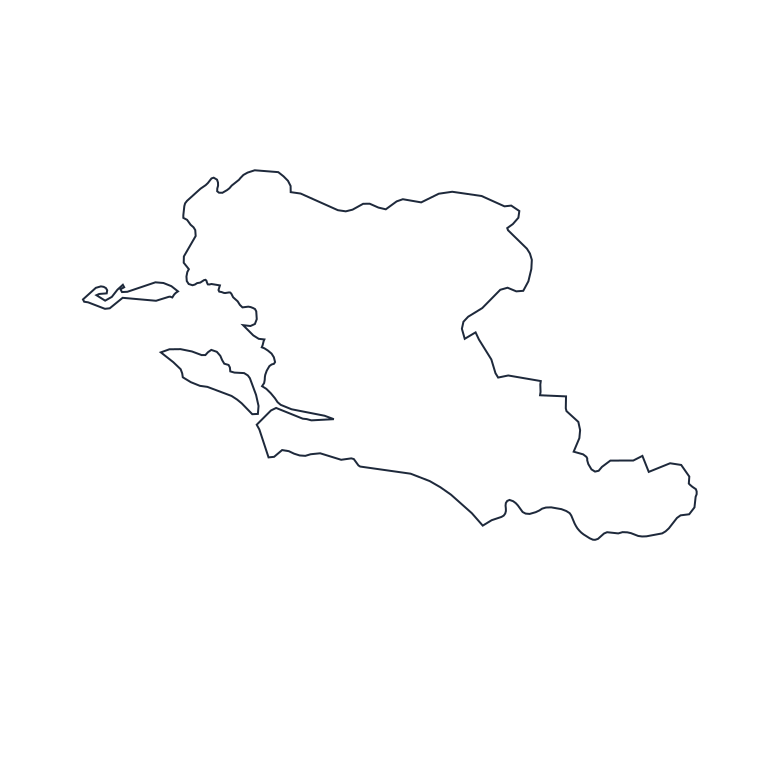 the Metropolitan department of Charente-Maritime, rotated 332°
{"feature_id": "FRA-5278", "entity_name": "Charente-Maritime", "entity_type": "Metropolitan department", "adm_level": 1, "iso_a3": "FRA", "parent_name": "France", "parent_adm1": "", "projection": "mercator", "projection_center": [-0.827, 45.732], "detail": "fine", "context": "isolated", "style": "outline", "palette": "slate", "viewbox_px": 768, "rotation_deg": 332, "n_neighbors": 0, "source": "natural_earth", "source_scale": "10m", "svg_char_len": 4080}
<svg xmlns="http://www.w3.org/2000/svg" viewBox="0 0 768 768"><g transform="rotate(332 384 384)"><path d="M404.7,555.4L400.9,539.3L391.2,513.2L385.3,501.6L378.8,491.2L365.4,475.7L324.2,445.7L323.2,443.9L322.1,436.1L320.2,434.3L310.6,430.8L295.1,415.2L286.3,411.6L280.8,410.5L276.0,407.5L271.9,403.3L268.4,398.6L263.0,394.5L252.8,396.7L247.6,394.6L252.6,365.6L252.5,360.2L271.8,354.3L277.5,354.5L296.0,376.5L299.3,378.7L302.8,382.0L323.2,391.5L316.6,384.1L290.5,362.9L283.0,353.9L281.5,350.1L281.0,345.3L279.7,339.0L277.8,333.0L275.3,328.7L278.6,326.9L280.6,324.4L282.1,321.9L283.5,320.1L286.7,317.2L291.2,314.4L293.9,314.0L296.3,314.5L298.1,313.5L299.3,308.7L299.0,304.4L297.2,300.0L295.2,296.4L293.3,294.2L295.0,292.8L297.9,289.6L299.3,288.5L294.6,285.3L291.4,279.7L287.2,265.9L293.3,270.1L298.2,270.4L302.1,267.0L305.3,259.9L305.3,257.3L304.1,255.5L302.4,253.5L300.5,252.0L295.0,249.9L293.9,246.5L293.6,242.3L291.5,236.6L291.6,232.7L291.2,231.1L290.2,230.4L286.4,229.1L285.4,228.4L283.7,226.5L281.9,225.1L282.0,223.3L285.4,219.9L278.6,214.7L276.4,214.1L275.2,213.3L275.3,211.4L275.7,209.4L275.3,208.2L273.8,207.8L269.4,208.2L266.4,207.2L263.7,207.4L261.3,206.9L258.5,204.0L258.2,200.5L260.0,196.4L262.9,192.8L265.6,191.0L264.1,182.9L267.2,177.4L287.2,164.9L289.6,159.5L289.4,156.2L288.0,152.6L287.2,146.6L284.8,143.1L286.1,140.7L291.2,133.2L293.2,131.1L296.1,129.8L313.7,125.4L319.9,124.7L322.8,123.9L328.2,121.5L330.5,121.9L332.5,125.2L332.0,128.2L330.6,131.0L328.6,133.1L327.2,135.5L328.1,137.6L331.1,139.3L336.5,139.1L339.4,138.6L342.7,137.3L351.9,135.6L353.7,134.8L358.0,133.4L362.8,133.3L370.2,134.6L390.1,147.3L392.8,153.5L394.6,159.5L394.5,165.3L391.7,170.8L399.8,176.7L424.9,208.9L431.3,213.6L438.1,215.3L450.2,215.1L456.0,218.1L461.9,225.6L467.6,230.6L480.9,228.7L487.4,229.7L502.1,241.1L521.7,241.7L534.5,246.3L558.4,263.8L573.8,283.7L580.1,286.2L584.7,294.8L580.7,300.3L572.8,303.3L566.0,304.2L565.7,306.5L573.7,331.6L574.1,337.3L572.8,343.8L568.1,351.6L559.7,361.1L550.7,367.1L544.3,364.3L538.3,357.0L530.9,355.4L506.4,363.1L489.9,364.1L483.4,366.3L478.7,371.8L476.5,382.0L489.1,381.4L488.7,389.3L490.3,412.7L487.5,426.8L487.8,431.9L497.7,434.8L523.8,455.0L521.8,457.8L518.5,464.5L516.5,467.2L538.9,480.4L533.1,490.8L532.4,493.6L537.8,508.7L535.5,516.8L531.1,523.5L519.7,532.8L526.8,539.6L528.5,543.3L528.5,545.1L527.6,546.8L526.8,550.6L527.1,556.8L529.2,560.4L532.8,561.4L537.5,559.5L547.9,557.9L568.2,568.6L578.4,568.8L576.5,585.9L599.4,588.3L608.4,595.0L610.1,609.1L606.4,615.0L606.8,616.5L608.0,619.5L610.0,623.3L609.6,625.7L608.3,628.1L606.2,629.9L600.2,638.7L592.3,642.3L584.2,639.2L579.8,639.8L567.7,645.2L563.4,646.3L559.5,646.5L544.2,641.7L540.3,639.8L537.1,637.5L532.1,631.7L529.2,629.2L525.1,626.8L520.7,625.9L511.4,619.6L508.1,619.3L500.2,621.2L497.3,620.7L495.4,619.6L493.2,616.8L489.6,610.5L488.4,607.8L487.6,605.1L487.0,602.3L486.8,599.5L486.8,596.6L487.6,588.0L487.3,585.2L485.3,581.7L481.9,577.8L473.7,571.4L469.0,569.1L465.1,568.3L461.8,568.6L457.8,568.4L451.6,567.1L448.2,564.9L446.3,562.1L445.2,554.0L444.4,551.0L443.0,548.1L440.4,545.3L437.9,545.1L435.7,546.3L434.2,548.5L433.2,551.0L432.0,553.4L430.2,555.3L427.9,556.4L425.3,556.5L415.1,554.8L404.8,555.4L404.7,555.4L404.7,555.4ZM255.7,297.0L254.2,300.7L257.3,303.7L265.6,308.7L267.8,312.5L268.3,315.9L265.9,333.6L262.9,344.5L258.6,351.2L253.5,348.8L249.3,334.3L247.0,328.8L243.8,323.0L226.7,303.6L220.6,299.2L214.3,291.7L209.5,283.6L210.8,279.9L211.4,275.5L208.2,265.8L201.8,251.3L210.8,252.6L220.7,257.7L229.7,265.1L236.6,272.9L239.9,274.6L243.5,273.3L247.5,272.8L251.5,277.1L252.7,282.3L252.3,287.0L252.5,291.1L255.7,294.2L255.7,297.0ZM237.7,208.2L236.2,206.5L235.0,206.0L221.8,203.5L193.7,185.2L177.4,188.4L172.9,186.6L161.1,173.0L157.9,170.6L157.9,168.0L174.7,163.8L179.9,164.9L182.1,166.6L183.5,168.8L183.6,171.3L181.7,173.8L174.8,170.8L171.8,170.6L176.9,179.5L184.6,179.3L192.9,175.6L200.0,173.8L200.0,176.6L195.8,176.6L195.8,179.8L200.7,182.1L229.9,186.9L236.7,191.3L242.2,197.8L245.6,205.5L242.9,205.8L240.7,206.5L237.7,208.2Z" fill="none" stroke="#1e293b" stroke-width="2"/></g></svg>